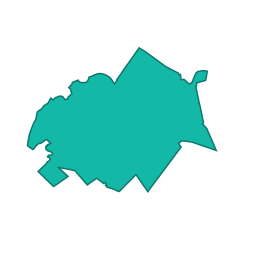 outline of Visani, Braila, Romania, rotated 200°
{"feature_id": "2599482B40440653080900", "entity_name": "Visani", "entity_type": "district", "adm_level": 2, "iso_a3": "ROU", "parent_name": "Romania", "parent_adm1": "Braila", "projection": "mercator", "projection_center": [27.327, 45.175], "detail": "fine", "context": "isolated", "style": "filled", "palette": "teal", "viewbox_px": 256, "rotation_deg": 200, "n_neighbors": 0, "source": "geoboundaries", "source_scale": "gbopen_adm2", "svg_char_len": 3680}
<svg xmlns="http://www.w3.org/2000/svg" viewBox="0 0 256 256"><g transform="rotate(200 128 128)"><path d="M145.0,207.1L145.4,205.5L146.7,200.5L148.3,194.7L150.5,186.7L152.0,181.1L153.2,176.3L155.1,169.3L154.6,169.2L155.7,164.7L158.2,166.5L159.4,167.5L161.7,169.0L163.1,169.4L164.5,169.8L166.4,170.1L168.5,170.3L171.0,170.2L173.5,169.4L175.0,168.6L176.4,167.5L178.3,165.8L180.3,163.7L182.0,162.6L181.7,161.7L182.1,158.2L182.7,157.1L183.1,156.3L184.0,156.1L185.7,155.3L187.0,154.8L187.3,154.7L188.5,154.6L189.1,154.7L190.0,154.9L191.1,155.9L191.3,155.9L192.0,155.3L195.8,151.8L195.7,150.7L195.9,149.5L197.5,145.7L195.3,144.8L192.5,140.8L193.5,139.2L194.9,136.5L194.9,136.3L194.7,134.6L197.0,133.2L200.1,135.1L201.3,135.1L202.4,134.9L203.5,134.4L204.3,133.6L206.5,131.7L207.2,130.4L207.8,128.8L209.6,129.3L210.9,129.6L211.3,126.4L211.3,124.8L212.2,123.1L213.2,122.2L213.6,121.6L214.5,120.3L214.8,119.4L215.2,118.2L215.6,116.9L216.2,115.7L217.0,114.7L217.9,113.4L218.5,112.5L218.6,111.0L218.3,109.1L218.0,107.3L217.7,105.4L217.6,104.1L218.1,101.8L218.3,100.2L218.4,96.8L218.5,93.5L218.5,90.8L218.5,88.3L218.2,86.3L217.9,85.3L217.7,83.7L217.6,82.8L217.5,81.9L217.1,80.4L216.8,79.2L216.6,77.9L216.6,77.6L216.5,77.2L215.4,76.7L213.4,76.1L211.1,75.5L210.2,75.2L210.0,75.3L209.7,75.6L208.7,78.4L208.3,79.7L207.9,80.6L207.7,81.1L207.2,81.9L206.8,82.5L206.2,83.0L205.8,83.4L205.2,83.6L204.8,83.8L200.9,89.0L200.4,89.4L195.5,87.1L196.2,86.2L197.1,85.6L197.7,84.9L197.9,84.7L197.9,84.3L197.8,83.5L198.4,83.4L198.7,83.1L198.8,82.5L198.7,82.0L198.4,81.2L198.0,80.4L197.5,79.9L196.9,79.5L196.1,79.2L195.2,79.1L194.1,79.2L193.2,79.2L192.2,79.1L191.4,78.9L190.7,78.7L190.2,78.4L190.0,77.7L190.3,77.0L190.8,76.3L191.4,76.0L192.3,75.9L192.6,75.8L193.3,74.9L193.7,74.2L193.8,73.6L193.7,73.3L192.9,73.2L192.1,73.3L191.7,73.3L191.0,72.7L190.8,72.2L190.6,72.1L190.3,72.0L190.3,71.7L190.6,71.4L190.7,70.8L190.9,70.3L191.2,69.7L191.6,69.1L192.1,68.7L192.4,68.5L192.4,67.9L192.6,66.5L195.4,60.8L197.5,56.4L195.0,55.2L190.0,53.0L188.1,52.1L184.6,50.6L184.0,50.3L183.0,49.8L181.4,49.1L180.6,48.8L179.5,48.3L178.6,47.9L178.1,47.7L177.9,47.6L177.7,47.9L176.7,49.2L175.9,50.3L174.7,52.0L173.4,53.9L173.1,54.4L169.8,59.1L167.8,61.9L169.5,62.7L170.1,62.9L179.9,67.2L179.8,67.5L178.2,67.4L177.4,67.6L175.0,68.0L170.8,68.7L163.1,69.7L158.1,66.8L154.5,64.9L146.8,60.6L144.9,63.4L140.2,70.1L131.9,67.5L131.0,69.0L130.4,68.9L129.5,67.9L129.4,68.0L128.8,67.3L129.5,66.6L127.3,65.2L122.3,65.6L118.6,65.5L118.4,65.3L116.4,65.2L114.4,65.4L113.1,68.5L112.4,70.0L110.5,74.2L109.8,75.5L104.6,86.9L104.3,86.8L100.7,84.2L94.1,79.5L94.0,79.4L89.5,76.3L88.1,75.2L87.6,74.9L86.2,79.8L84.7,84.6L81.9,94.1L80.2,99.8L79.3,102.6L75.2,116.3L73.9,120.7L71.6,128.2L75.2,130.9L72.9,134.6L72.6,134.6L72.1,134.6L71.6,134.7L70.1,135.1L69.5,135.2L67.9,135.7L67.0,135.8L62.6,136.7L53.6,136.8L43.8,137.0L37.4,137.1L37.9,137.6L38.9,138.6L40.9,140.8L49.6,150.0L50.2,150.6L53.7,154.3L53.9,154.5L59.2,157.2L59.0,157.7L58.8,158.7L67.8,173.2L69.0,175.0L69.4,174.9L69.7,174.9L69.8,175.0L69.5,175.7L78.2,189.7L78.1,190.1L78.2,191.1L78.5,192.7L78.5,192.8L78.9,193.8L71.3,199.3L71.9,202.9L72.9,208.4L74.3,208.3L75.7,208.0L76.6,207.8L77.6,207.3L79.4,206.3L79.9,206.0L80.4,205.7L81.7,204.9L82.5,203.6L82.9,202.7L83.0,201.6L83.2,199.2L83.3,197.6L83.4,196.1L83.3,195.2L83.2,194.1L83.4,193.1L84.1,191.7L84.6,191.0L85.0,190.8L85.4,190.6L86.5,190.5L87.5,191.0L88.6,191.4L89.6,192.0L91.5,192.7L92.0,192.7L92.4,192.7L93.5,192.0L94.2,191.4L94.7,191.7L96.9,196.1L97.0,196.2L98.3,195.4L98.5,195.6L98.6,195.9L99.3,196.8L107.6,197.8L113.7,198.7L122.1,201.1L130.4,203.5L137.9,205.6L138.8,205.9L145.0,207.1Z" fill="#14b8a6" stroke="#0f766e" stroke-width="1.5"/></g></svg>